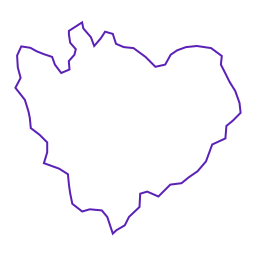 outline of Muju-gun, North Jeolla, South Korea
{"feature_id": "91817680B53198155341948", "entity_name": "Muju-gun", "entity_type": "district", "adm_level": 2, "iso_a3": "KOR", "parent_name": "South Korea", "parent_adm1": "North Jeolla", "projection": "natural_earth1", "projection_center": [127.7, 35.921], "detail": "fine", "context": "isolated", "style": "outline", "palette": "violet", "viewbox_px": 256, "rotation_deg": 0, "n_neighbors": 0, "source": "geoboundaries", "source_scale": "gbopen_adm2", "svg_char_len": 994}
<svg xmlns="http://www.w3.org/2000/svg" viewBox="0 0 256 256"><path d="M221.8,56.0L211.1,48.1L196.9,46.0L186.0,47.1L177.2,50.3L170.7,54.7L165.2,64.6L155.4,66.8L145.5,56.9L133.5,48.1L123.7,47.1L116.0,43.8L112.8,33.9L105.1,31.7L100.8,38.3L94.2,46.0L90.9,37.2L83.3,28.4L82.1,22.4L68.9,30.9L68.9,34.4L70.2,42.8L75.8,49.2L74.4,54.8L68.8,61.1L69.5,69.5L61.2,73.0L54.9,64.6L52.1,56.9L43.7,54.1L36.7,51.3L30.4,47.8L21.3,46.4L17.1,55.5L17.8,67.4L20.6,77.9L15.4,87.8L24.9,99.9L28.5,111.6L29.8,117.9L30.8,128.1L39.5,134.7L47.2,142.4L47.2,152.3L43.9,163.2L59.2,168.7L67.9,174.2L69.0,185.2L70.0,192.2L70.1,192.9L72.3,203.8L82.2,211.5L89.8,209.3L101.8,210.4L107.3,217.0L112.8,233.6L116.4,230.2L124.8,225.3L129.0,216.9L139.5,207.0L140.2,193.7L147.2,191.6L158.4,196.5L170.3,184.6L181.5,183.2L188.5,177.5L197.6,171.2L206.0,161.4L212.2,144.5L225.4,138.4L226.4,125.9L233.0,120.5L240.6,112.8L239.5,102.9L235.2,90.9L229.7,82.1L225.3,73.3L220.9,64.6L221.8,56.0Z" fill="none" stroke="#5b21b6" stroke-width="2"/></svg>